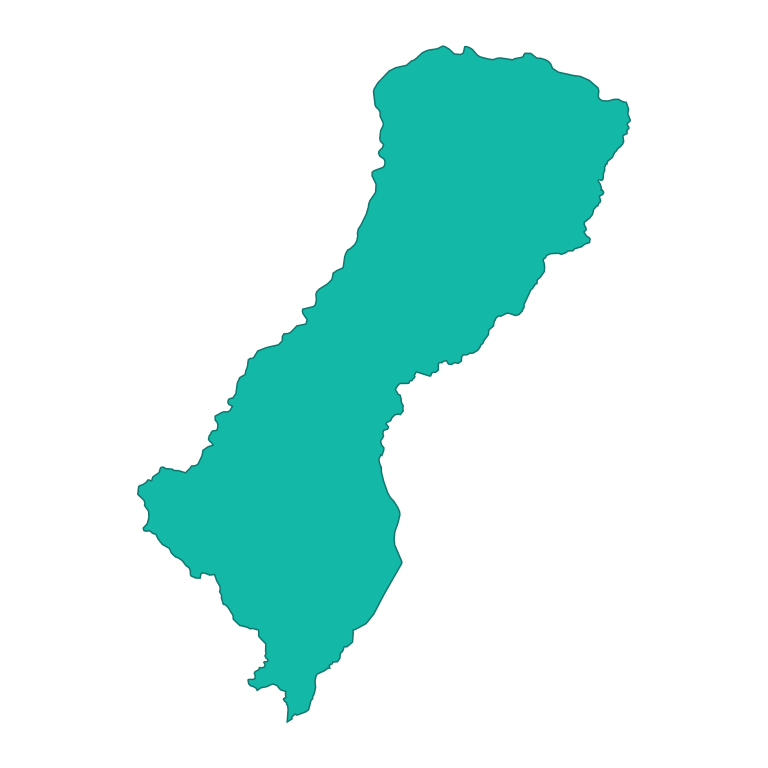 Naupan, Puebla, Mexico (orthographic projection)
{"feature_id": "50627088B34357013751850", "entity_name": "Naupan", "entity_type": "district", "adm_level": 2, "iso_a3": "MEX", "parent_name": "Mexico", "parent_adm1": "Puebla", "projection": "orthographic", "projection_center": [-98.102, 20.238], "detail": "fine", "context": "isolated", "style": "filled", "palette": "teal", "viewbox_px": 768, "rotation_deg": 0, "n_neighbors": 0, "source": "geoboundaries", "source_scale": "gbopen_adm2", "svg_char_len": 6079}
<svg xmlns="http://www.w3.org/2000/svg" viewBox="0 0 768 768"><path d="M257.2,690.4L260.9,687.8L266.7,686.7L272.7,683.9L276.8,685.4L280.5,689.8L285.9,691.5L285.4,693.6L286.0,697.3L283.6,698.7L283.5,699.5L284.5,701.1L286.6,702.8L286.6,704.3L287.7,705.6L288.1,709.6L287.2,721.9L292.1,718.8L291.7,717.2L295.0,714.1L297.0,715.1L305.6,711.9L308.6,709.8L311.0,700.4L312.6,698.8L312.8,696.1L313.7,695.0L314.7,691.8L315.6,687.2L315.0,681.2L315.9,676.5L317.1,674.1L324.7,670.6L328.0,668.1L329.8,668.1L329.2,665.4L332.3,663.7L332.8,662.1L337.5,661.7L339.9,658.2L340.2,653.8L342.8,650.9L344.1,646.8L346.9,646.8L352.5,642.1L353.2,633.3L353.0,630.2L355.0,629.6L366.1,623.6L373.8,614.0L383.9,594.6L401.7,563.5L401.7,561.3L394.7,545.0L394.1,539.1L394.8,531.8L398.0,522.8L399.9,514.9L399.5,511.5L397.8,507.6L394.1,501.6L390.0,497.1L387.5,492.3L383.7,481.4L381.4,472.1L381.3,467.3L379.8,464.3L378.8,459.3L380.8,454.8L381.9,455.5L383.7,450.4L383.9,447.9L381.5,444.8L380.6,440.8L383.0,437.4L383.5,435.3L382.9,433.9L383.0,432.3L383.6,430.4L387.5,429.1L388.2,428.0L388.4,426.8L385.9,423.8L386.6,422.7L390.7,420.6L391.8,418.0L394.7,414.9L398.7,413.9L400.2,414.7L403.2,411.0L402.8,408.2L403.2,405.9L401.3,402.1L401.1,398.8L400.1,395.2L398.2,394.3L395.3,389.4L397.9,385.4L399.8,383.5L408.0,383.4L408.9,383.1L409.7,381.1L412.2,380.4L412.6,379.2L414.2,378.0L414.9,376.7L414.3,375.5L416.2,371.8L429.4,376.0L430.6,376.0L432.1,372.5L435.7,372.2L438.3,370.1L438.4,363.7L439.2,362.7L442.2,362.6L443.0,361.5L446.3,360.6L448.5,364.0L449.8,364.3L451.7,364.4L454.5,362.6L458.2,363.3L461.4,361.1L461.6,356.8L463.1,354.9L467.0,354.8L469.5,353.3L473.0,353.1L477.8,350.3L480.1,347.0L480.6,345.2L482.9,343.3L484.0,340.5L488.3,334.8L489.0,329.8L493.5,326.0L494.1,321.7L495.4,319.9L495.5,318.7L497.6,316.6L498.6,315.9L500.8,316.2L506.8,313.2L509.5,313.4L515.3,315.5L516.2,315.3L518.9,314.6L522.4,310.9L522.5,309.6L523.4,308.7L524.2,306.6L523.9,304.8L531.0,289.6L532.5,288.5L535.0,284.6L537.0,283.4L537.2,280.0L540.6,276.9L544.4,271.4L544.6,266.3L543.9,262.2L543.2,261.3L543.4,259.8L543.7,258.8L545.4,257.8L546.6,255.4L550.8,253.6L558.8,253.3L561.1,254.3L565.1,253.1L568.1,251.0L573.1,250.7L574.4,248.8L581.7,246.7L584.8,244.1L589.5,242.6L590.1,238.9L588.7,237.3L586.9,236.4L584.2,232.6L584.2,231.6L585.9,230.3L586.2,229.4L585.9,227.8L584.3,224.9L584.2,222.4L589.8,218.0L592.5,214.4L593.7,209.4L596.7,206.1L597.8,205.9L598.7,203.3L600.1,202.2L600.6,200.7L599.3,196.3L603.0,194.2L603.7,192.3L602.4,190.0L600.9,189.7L601.4,188.1L600.3,184.3L598.1,180.8L598.5,180.0L599.4,179.7L601.0,180.3L602.6,179.9L603.3,177.6L603.4,173.7L604.7,170.2L604.6,167.0L605.5,165.9L605.6,164.3L606.8,164.2L607.8,161.1L612.3,157.5L614.6,152.6L616.6,150.7L617.3,149.0L620.2,146.8L622.6,144.1L623.7,141.5L622.9,136.3L623.5,135.3L627.1,133.5L626.9,130.5L628.9,128.3L628.7,126.7L627.3,125.1L627.2,123.6L630.1,121.0L630.2,119.9L627.8,113.9L628.6,109.4L626.3,102.4L622.8,101.7L618.3,99.3L613.8,99.4L608.1,101.0L602.3,100.8L599.5,98.9L598.2,96.8L598.8,90.7L597.9,87.9L589.3,80.4L580.2,76.4L573.3,75.5L558.4,72.2L552.5,68.4L550.7,64.0L548.7,61.6L545.3,59.7L540.5,58.3L536.8,58.1L530.8,53.4L525.2,53.3L523.8,54.7L523.4,56.2L522.4,57.2L514.6,58.7L512.6,59.8L500.8,58.0L498.0,58.1L493.0,59.7L487.8,58.9L480.2,56.9L477.6,55.4L472.3,49.4L470.2,48.0L466.5,46.6L464.7,46.8L463.4,52.8L461.8,54.1L459.9,54.5L454.2,53.9L449.1,49.1L444.7,46.5L442.8,46.1L437.2,48.8L428.7,50.1L426.1,51.0L422.3,52.8L416.5,58.2L413.8,60.3L411.8,60.7L406.5,65.3L395.8,67.7L389.3,70.9L377.9,82.8L374.1,89.1L373.5,91.8L375.1,105.0L375.9,106.8L378.8,109.8L380.0,111.8L380.1,116.1L383.3,123.2L383.2,125.5L380.6,130.7L379.8,138.6L380.5,141.3L383.6,144.5L382.5,147.7L379.0,151.2L378.6,153.6L380.0,156.3L383.8,158.8L384.7,160.4L385.1,163.3L384.1,166.4L382.5,167.6L374.1,170.7L372.2,172.2L372.1,175.9L376.1,184.2L375.6,192.4L370.0,200.6L368.7,203.9L368.4,207.1L366.1,214.6L360.8,225.3L358.3,229.0L357.4,233.4L357.8,235.7L356.8,240.9L354.6,244.7L350.3,248.7L347.7,250.0L345.7,253.6L344.7,256.8L343.1,267.8L337.4,270.3L333.2,273.1L332.2,278.4L331.4,280.1L327.4,284.0L319.4,289.0L316.7,291.9L315.9,294.4L316.4,300.0L315.4,304.5L314.7,305.6L313.4,306.6L302.7,309.2L302.4,311.5L303.1,313.8L307.1,319.6L306.4,322.8L305.6,324.1L296.9,325.9L290.6,332.4L288.2,333.5L283.8,333.9L282.4,336.6L282.3,340.8L278.5,344.8L266.4,347.6L257.7,351.0L253.7,357.6L252.2,358.4L250.3,358.4L248.3,359.8L247.4,366.9L245.9,370.6L245.1,374.6L239.8,377.6L237.3,383.1L235.9,393.6L232.8,398.0L230.4,398.4L228.6,399.4L228.0,401.1L228.0,403.0L228.9,404.3L232.4,406.3L230.3,410.0L228.1,411.9L223.9,411.8L221.9,412.4L215.1,416.2L215.2,420.0L217.2,422.4L217.9,424.8L217.6,428.1L216.8,430.3L212.6,431.0L211.2,432.3L210.7,434.1L209.3,435.6L208.5,439.0L209.2,440.7L212.2,443.4L213.0,445.2L208.0,446.8L203.0,450.3L202.1,455.5L198.1,464.0L195.8,465.6L191.4,466.1L190.1,468.2L185.5,472.8L178.7,470.7L173.5,470.4L172.4,469.2L165.0,468.5L164.1,467.4L161.7,467.1L160.4,468.0L159.1,472.6L152.9,476.9L151.7,480.6L151.0,480.9L149.0,479.9L147.7,480.1L146.3,482.3L143.1,484.5L139.7,485.7L138.7,486.5L138.5,487.6L137.8,494.4L144.0,500.3L145.0,503.5L144.5,505.4L148.6,511.3L148.9,517.0L148.2,520.4L147.2,523.7L143.2,528.1L144.0,530.7L146.7,531.2L149.5,530.7L153.0,533.5L155.9,534.3L158.0,538.8L162.3,544.4L169.4,548.4L171.4,553.0L173.3,554.9L175.6,557.0L178.3,557.9L182.1,560.5L186.1,565.7L189.1,567.8L190.2,570.2L190.5,575.0L191.3,576.1L195.8,578.0L200.2,578.1L200.8,574.1L201.9,573.1L204.6,573.0L209.8,575.1L214.5,574.5L216.7,580.7L220.0,586.6L220.2,589.4L219.6,591.8L221.5,594.9L221.5,598.2L223.3,604.3L225.3,604.7L227.7,606.9L233.0,615.3L233.3,619.3L239.7,625.4L246.8,627.1L250.6,628.9L252.5,628.4L258.3,630.0L258.8,631.6L258.6,635.4L259.3,637.1L265.8,643.9L265.6,651.6L266.1,653.4L265.0,655.9L266.0,658.1L267.6,659.2L267.9,660.6L267.3,661.7L265.0,661.6L263.8,662.3L265.0,664.3L264.9,666.1L264.3,667.0L262.2,667.7L259.4,667.6L258.9,669.6L255.0,671.8L254.3,673.1L255.3,676.1L254.8,678.8L253.3,679.4L249.0,679.4L248.0,680.0L248.7,683.8L250.3,685.6L254.5,687.1L256.3,688.5L257.2,690.4Z" fill="#14b8a6" stroke="#0f766e" stroke-width="1.5"/></svg>